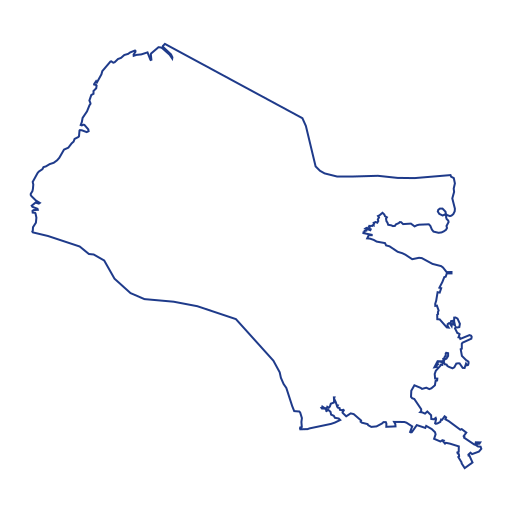 the district of Weloy, Federated States of Micronesia
{"feature_id": "79324940B30441549583849", "entity_name": "Weloy", "entity_type": "district", "adm_level": 2, "iso_a3": "FSM", "parent_name": "Federated States of Micronesia", "parent_adm1": "", "projection": "mercator", "projection_center": [138.112, 9.532], "detail": "fine", "context": "isolated", "style": "outline", "palette": "blue", "viewbox_px": 512, "rotation_deg": 0, "n_neighbors": 0, "source": "geoboundaries", "source_scale": "gbopen_adm2", "svg_char_len": 6010}
<svg xmlns="http://www.w3.org/2000/svg" viewBox="0 0 512 512"><path d="M334.8,422.6L340.2,420.0L338.7,418.5L334.9,417.8L333.8,415.8L331.1,414.6L330.5,411.8L328.3,409.9L325.8,411.5L326.8,409.8L324.9,408.6L321.9,408.5L321.4,407.8L322.2,407.5L322.4,406.6L324.7,408.2L326.9,408.1L327.3,406.8L328.8,407.7L329.9,406.5L330.8,403.7L333.8,402.6L334.1,401.0L333.9,397.4L334.4,397.4L334.0,398.4L335.7,402.0L336.7,405.1L337.8,405.4L337.1,406.5L337.8,407.6L339.6,408.1L339.9,409.8L341.8,410.2L343.4,409.8L343.8,410.3L342.5,412.3L342.7,412.9L346.2,416.3L350.7,413.4L353.7,414.1L361.1,420.5L360.6,421.7L361.9,422.7L367.6,424.1L368.2,425.2L371.3,426.9L376.5,426.4L382.0,423.5L383.5,422.1L385.8,422.1L386.4,423.7L386.3,426.8L395.5,426.4L395.3,424.0L394.1,421.9L404.4,422.0L406.5,422.7L412.2,426.4L410.1,432.0L410.9,432.4L411.8,432.2L416.8,425.1L425.3,427.9L426.2,425.9L431.8,429.1L435.0,432.2L435.6,434.3L434.1,438.8L440.4,441.5L442.4,440.2L443.7,440.6L443.1,441.4L445.0,443.6L445.8,442.8L449.8,443.6L458.8,446.4L458.7,451.8L457.4,452.4L457.7,453.5L458.9,454.2L459.1,456.3L458.3,457.0L461.5,462.3L461.7,463.5L464.7,468.1L472.5,462.5L469.4,455.6L468.6,455.6L468.4,454.6L470.5,452.7L472.1,454.1L478.9,451.6L481.3,448.8L480.6,446.7L478.0,446.5L476.2,445.3L477.1,443.9L479.4,443.7L480.2,442.4L475.8,442.3L475.4,444.3L474.4,444.6L464.1,437.7L464.4,436.8L463.7,436.1L466.3,432.6L461.7,429.1L460.3,429.7L448.7,421.1L445.4,419.3L446.1,417.4L444.6,416.3L442.1,419.8L441.1,419.5L440.3,421.9L437.5,423.4L435.8,423.8L435.1,423.3L436.1,419.0L435.7,417.9L433.9,419.3L431.3,419.0L431.1,415.2L427.3,411.5L425.0,413.6L422.3,412.4L420.3,412.1L421.1,411.3L421.2,409.2L414.3,399.0L412.1,398.2L411.0,396.8L411.3,390.7L414.4,385.3L420.7,387.9L422.0,388.9L426.3,387.7L429.3,389.1L431.4,388.3L434.9,385.3L435.6,380.9L437.1,380.5L437.3,378.6L435.1,378.5L434.7,374.0L435.8,370.8L440.4,365.7L440.6,364.7L442.3,364.9L442.6,362.4L440.3,361.7L438.8,361.5L438.2,361.9L437.5,362.9L437.9,364.4L436.8,364.9L436.7,366.9L434.4,367.3L437.6,361.2L442.3,361.3L443.6,360.5L443.2,358.8L444.6,357.8L444.8,356.5L445.8,355.8L445.7,353.5L446.2,352.8L448.1,353.2L448.1,356.0L446.4,358.7L444.6,359.2L443.7,362.0L444.9,364.3L446.6,364.6L447.4,366.0L449.0,366.9L452.5,368.3L454.3,367.3L456.3,363.6L458.2,363.3L459.6,363.4L462.7,367.9L464.6,368.0L466.0,363.7L467.0,365.3L468.1,364.9L468.6,363.0L468.4,361.6L466.0,360.0L461.9,355.9L460.7,349.2L461.8,348.7L461.8,343.7L462.5,342.7L471.3,338.7L471.7,336.9L471.1,335.7L469.5,335.1L460.3,338.9L459.8,337.6L458.5,337.3L459.6,334.2L458.4,333.3L457.4,333.1L455.0,328.4L455.7,327.2L457.3,327.5L459.3,327.1L459.9,323.8L457.5,318.6L455.5,317.5L454.2,317.6L454.1,321.3L455.0,325.4L453.2,324.1L453.0,320.8L451.1,321.1L450.7,323.0L451.8,324.9L451.6,326.1L450.1,323.8L449.1,323.1L447.7,324.1L447.5,325.7L448.6,327.6L446.8,327.4L439.7,319.4L437.3,319.2L437.2,314.7L438.1,314.0L437.9,312.1L438.6,310.5L436.9,305.6L435.3,305.9L435.2,303.9L436.2,300.6L437.6,292.2L439.7,292.6L441.2,288.2L439.4,287.7L442.4,281.9L444.3,277.1L445.7,276.7L446.8,273.4L451.5,273.4L451.5,272.0L446.6,272.1L443.0,267.5L441.1,266.1L432.5,263.9L421.8,258.1L419.0,257.8L412.2,259.2L405.4,254.7L402.3,253.2L397.7,251.8L389.5,246.3L386.1,245.4L385.0,243.1L376.7,241.6L373.7,239.9L369.9,238.6L367.2,238.4L368.7,235.2L371.7,235.2L371.7,234.8L363.4,233.1L363.5,232.3L364.5,232.2L364.6,230.7L366.4,230.6L366.8,229.1L365.5,228.5L366.5,227.9L367.1,227.9L368.3,229.1L368.1,229.4L370.3,230.2L370.7,229.3L369.3,228.7L369.5,227.6L368.9,226.6L369.3,225.9L370.3,226.3L371.1,225.8L372.4,225.9L372.9,225.2L373.6,225.4L373.4,224.5L374.1,223.8L373.7,222.8L375.6,222.0L377.3,222.7L378.3,221.0L377.8,219.4L379.0,217.5L378.0,216.0L379.5,215.3L382.5,212.8L384.3,214.5L385.0,216.2L386.9,217.3L386.0,218.7L386.5,221.3L387.4,222.5L388.2,224.8L391.2,225.3L392.9,226.1L394.9,225.9L395.9,224.4L398.8,223.1L399.8,222.1L401.1,222.2L403.1,224.1L410.9,223.6L414.6,226.4L417.0,225.2L419.1,224.7L428.8,224.3L430.3,225.8L431.9,229.6L433.5,231.6L438.6,232.8L441.6,232.4L443.9,231.3L446.0,229.8L447.0,228.0L446.5,226.0L448.6,222.0L448.2,220.5L446.7,219.1L446.1,217.4L446.2,216.1L444.8,214.5L442.7,215.5L439.3,213.9L437.8,211.5L438.3,209.8L439.9,208.6L442.5,208.6L445.5,211.7L445.9,214.0L447.0,215.0L449.9,216.1L451.5,215.6L453.3,214.1L454.7,211.3L454.9,208.7L452.3,198.4L454.1,191.9L453.7,188.6L454.9,183.4L453.8,178.1L451.1,176.7L450.5,175.1L414.6,178.1L397.5,177.9L377.9,175.8L353.6,176.5L337.0,176.5L324.6,173.4L320.0,170.8L315.6,166.4L305.9,126.0L302.4,118.2L164.9,43.9L162.9,46.0L162.8,46.7L171.0,54.4L172.4,57.3L172.2,58.5L169.7,54.8L162.4,48.3L161.0,47.5L158.5,47.2L151.1,53.5L150.8,54.3L151.4,59.7L150.6,60.0L150.3,59.5L147.5,52.4L141.3,54.4L136.4,54.9L133.7,55.8L133.6,54.5L135.4,51.9L135.5,51.0L135.0,50.5L130.2,52.4L128.1,53.9L124.3,55.0L121.0,57.9L118.0,59.0L114.7,62.2L113.3,62.7L111.2,61.3L110.4,61.6L102.3,71.1L101.4,74.4L96.9,82.5L96.1,81.2L94.1,84.1L94.1,84.5L96.0,85.0L96.6,85.6L96.2,88.3L93.5,91.0L93.5,93.8L91.3,95.0L89.4,100.5L90.5,103.3L90.4,104.0L89.5,105.2L87.0,111.4L82.6,117.9L81.8,122.2L80.7,125.0L81.8,125.4L83.4,124.7L84.4,124.9L88.3,129.4L88.6,131.2L86.7,132.1L81.9,130.3L79.9,130.1L79.5,130.5L79.0,136.2L78.4,137.0L74.6,138.9L73.6,141.6L71.6,143.4L68.3,147.7L64.0,149.6L59.3,157.8L57.1,160.3L53.7,162.8L49.7,164.1L45.9,166.4L43.5,167.1L42.4,169.2L38.8,171.6L37.6,173.0L32.7,181.9L33.3,184.6L32.9,189.0L32.4,191.2L30.8,193.7L30.7,194.9L31.5,196.2L35.9,200.5L39.8,202.9L38.8,203.6L35.5,202.6L31.7,205.7L32.4,206.8L37.5,208.8L37.8,209.8L33.5,210.1L32.5,210.9L32.7,212.6L35.1,212.8L35.5,213.4L36.4,217.7L35.9,222.7L33.0,227.2L32.8,230.5L32.3,231.6L32.9,232.4L48.0,236.0L79.7,246.5L88.9,254.0L93.7,254.5L104.2,260.5L114.5,278.7L130.5,293.1L144.4,299.1L173.6,301.7L197.3,306.2L235.9,319.1L273.4,360.7L279.7,372.3L280.9,377.8L283.6,384.0L286.3,387.9L292.2,406.1L294.2,411.1L299.3,411.5L300.2,412.6L301.9,418.1L301.4,422.0L301.8,427.0L301.5,427.4L300.3,427.4L300.0,428.2L300.3,429.3L307.6,429.1L309.5,428.4L331.0,423.9L334.8,422.6Z" fill="none" stroke="#1e3a8a" stroke-width="2"/></svg>